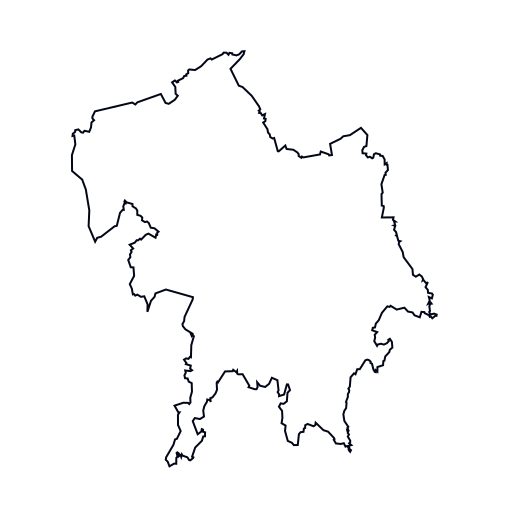 Morelia, Michoacán, Mexico (Equal Earth projection), rotated 353°
{"feature_id": "50627088B87271210555376", "entity_name": "Morelia", "entity_type": "district", "adm_level": 2, "iso_a3": "MEX", "parent_name": "Mexico", "parent_adm1": "Michoacán", "projection": "equal_earth", "projection_center": [-101.279, 19.655], "detail": "fine", "context": "isolated", "style": "outline", "palette": "ink", "viewbox_px": 512, "rotation_deg": 353, "n_neighbors": 0, "source": "geoboundaries", "source_scale": "gbopen_adm2", "svg_char_len": 6104}
<svg xmlns="http://www.w3.org/2000/svg" viewBox="0 0 512 512"><g transform="rotate(353 256 256)"><path d="M372.1,371.4L376.6,367.6L377.4,365.4L380.2,363.5L380.4,357.8L378.8,354.5L377.1,355.3L377.4,356.7L375.3,358.5L372.1,359.5L369.3,358.3L366.0,358.7L365.2,359.9L363.0,354.9L364.3,351.5L364.2,348.7L367.0,346.3L362.3,343.9L363.2,341.5L365.4,341.4L366.7,337.7L370.0,334.7L374.1,327.7L380.2,322.0L382.4,322.8L383.5,321.8L389.1,326.3L397.0,325.4L400.1,329.7L404.5,331.1L406.1,334.2L411.1,336.8L413.4,331.6L416.3,332.2L416.5,333.3L420.4,335.8L421.1,337.5L421.9,337.0L423.4,339.3L426.8,337.1L427.8,337.4L428.2,336.2L425.7,334.9L422.7,335.2L421.6,334.5L421.1,332.6L422.0,331.8L421.9,327.2L423.1,324.7L424.4,324.7L423.7,323.4L421.1,324.4L423.0,321.3L422.6,317.8L425.4,319.5L426.8,316.0L426.1,314.7L422.3,313.5L422.4,310.6L420.5,307.6L423.4,302.9L421.7,304.0L419.2,300.1L418.5,300.5L419.0,299.2L418.1,296.6L415.9,294.3L412.1,296.0L409.5,293.8L409.7,288.0L402.4,275.2L402.1,269.9L399.1,261.7L399.7,259.6L401.0,258.9L399.1,258.1L398.4,253.2L397.5,252.7L398.3,251.8L397.9,249.3L396.2,246.8L397.8,243.2L396.8,242.6L397.9,242.5L397.3,238.9L398.6,238.9L396.3,236.8L397.2,234.4L385.6,233.1L388.8,223.5L388.8,222.0L387.0,221.3L388.1,209.9L389.5,208.5L389.2,200.1L393.5,191.3L394.6,191.3L394.7,189.0L397.4,186.8L397.6,181.5L396.8,181.3L397.0,179.7L394.9,180.7L395.4,175.8L393.9,172.1L391.5,171.6L391.5,170.3L387.4,168.6L385.5,169.4L384.3,172.8L383.2,173.2L381.2,171.4L379.0,171.8L377.5,169.4L378.0,167.8L374.3,167.0L374.4,164.0L376.5,160.9L379.0,160.3L381.3,149.5L375.8,141.6L363.9,147.5L357.2,147.8L354.3,149.9L343.2,153.7L343.7,165.0L340.9,165.1L340.5,163.9L333.0,160.2L331.9,163.0L314.9,163.9L313.7,162.9L312.9,164.0L310.5,161.9L310.8,160.0L309.4,158.0L306.0,155.1L299.4,153.5L298.6,149.9L291.3,154.9L290.4,154.6L288.4,141.1L286.9,141.4L284.7,139.8L284.4,136.8L283.0,135.0L282.8,131.5L279.4,124.4L281.7,123.3L282.3,121.1L280.7,120.5L282.2,116.2L279.3,117.2L278.2,114.8L276.5,114.3L277.3,112.9L276.5,112.1L278.1,110.9L277.2,107.8L271.3,96.5L263.2,86.6L259.7,84.9L253.5,67.1L264.1,58.5L268.3,54.2L269.5,51.3L267.0,51.2L264.0,53.7L261.2,54.5L257.1,53.1L257.1,51.9L254.4,51.1L253.2,52.9L251.5,50.6L248.6,50.2L247.4,51.6L236.0,55.6L234.9,54.3L231.8,55.1L224.6,61.0L218.2,64.0L212.5,62.7L211.2,63.6L211.0,66.3L208.9,67.2L208.9,68.6L206.7,68.6L205.3,70.6L199.8,72.5L200.0,73.7L198.7,74.1L196.9,71.9L193.9,73.4L196.5,78.4L196.0,85.2L197.9,87.4L194.5,91.0L188.0,94.3L184.9,93.1L181.3,83.6L157.0,89.0L154.7,90.9L151.8,88.6L113.8,92.8L110.6,97.8L110.4,99.5L111.8,101.5L109.0,103.4L107.9,108.3L105.6,112.4L101.0,110.8L99.4,112.5L97.7,112.0L95.1,108.7L91.9,109.1L91.6,110.8L89.1,112.3L88.5,114.5L90.3,114.3L90.3,123.2L85.6,133.4L83.8,149.2L92.8,159.0L95.2,169.2L96.1,190.4L93.5,206.0L98.1,222.2L100.6,218.6L104.6,218.0L119.2,209.3L121.5,209.1L126.3,196.6L129.2,194.0L130.4,194.1L130.3,190.6L131.7,188.0L132.8,188.0L132.0,185.9L132.6,185.0L134.1,187.0L139.7,189.3L139.5,191.6L142.6,194.1L143.7,196.3L143.2,200.7L146.2,202.0L147.8,203.9L147.2,206.7L149.9,208.8L152.0,208.5L153.6,210.2L155.0,215.1L158.6,216.1L162.2,220.0L160.9,220.7L160.5,222.9L159.6,222.5L158.5,225.6L152.0,220.7L149.2,221.5L144.0,225.7L143.0,224.7L140.8,226.1L139.5,225.8L137.3,228.0L132.0,229.4L135.0,233.6L132.5,235.1L133.0,236.8L131.1,239.1L131.2,241.8L128.7,244.4L130.3,251.9L133.0,252.4L132.6,260.9L127.3,268.5L128.8,273.3L129.1,279.1L130.4,279.0L131.3,280.6L133.5,279.9L136.9,282.5L140.2,282.4L142.5,290.8L141.4,298.2L146.3,287.7L150.4,284.1L151.6,280.9L162.5,278.3L188.4,289.2L187.8,291.5L177.7,307.7L176.7,311.9L174.7,314.6L174.9,316.8L177.0,320.2L183.7,325.5L183.6,327.7L184.5,328.1L180.9,336.7L179.1,348.6L178.1,348.1L176.4,349.9L174.2,349.1L171.9,350.1L173.9,353.8L173.2,354.8L177.9,356.8L176.9,359.8L178.6,361.6L176.9,362.3L171.8,361.0L172.1,363.2L170.4,365.8L170.7,368.7L173.2,369.2L173.9,372.5L176.7,374.3L175.9,382.9L173.5,388.6L173.1,393.4L171.7,394.8L170.7,393.5L166.0,392.8L156.9,394.6L159.9,401.8L161.0,401.9L159.2,404.0L158.0,414.2L159.9,420.6L155.2,427.8L153.3,428.2L151.0,433.4L142.3,444.8L141.6,447.2L143.3,449.4L144.5,454.2L149.4,452.1L151.5,452.5L152.3,446.7L153.7,445.2L153.2,441.8L154.0,441.3L155.4,442.7L155.0,445.4L156.9,444.3L157.3,446.2L158.2,443.9L158.8,445.2L163.3,447.4L164.8,450.4L165.9,450.8L168.8,449.0L169.3,448.2L168.1,447.4L172.3,438.7L179.8,432.8L181.6,428.7L183.4,428.7L184.0,424.8L181.9,423.9L182.3,421.9L181.1,421.2L180.3,423.6L176.4,425.8L173.1,412.2L175.5,409.4L180.5,411.0L185.5,408.7L184.8,408.8L184.8,402.9L186.4,398.8L189.7,394.5L190.1,392.5L192.9,393.5L193.2,395.4L193.4,391.5L195.6,391.0L199.1,387.4L201.0,384.0L201.5,377.1L202.3,376.0L202.9,376.8L211.2,366.8L218.8,367.5L219.5,366.2L222.3,368.9L223.2,367.8L223.0,370.4L224.0,371.3L228.3,371.7L233.5,383.8L232.6,385.3L238.6,388.1L240.3,388.3L241.6,386.3L241.8,381.5L244.3,385.3L249.1,387.1L253.4,384.5L256.9,378.8L262.1,381.9L262.0,392.1L260.9,393.7L262.1,396.1L261.8,397.9L267.0,396.9L271.0,387.2L272.2,387.4L273.4,393.3L270.6,395.6L268.9,404.0L265.4,406.1L262.5,405.3L260.4,408.4L263.0,412.9L262.5,419.8L261.0,425.1L264.7,427.9L263.5,433.2L265.0,443.4L268.9,445.8L270.5,448.3L274.4,448.7L276.9,438.0L278.8,436.3L281.7,436.3L282.5,433.1L283.8,432.7L284.2,430.0L286.7,429.0L292.4,432.0L294.3,431.0L294.9,428.7L301.7,437.1L306.1,439.1L311.1,445.9L311.6,447.3L310.8,447.9L312.5,451.8L317.3,452.9L320.3,452.5L321.6,456.1L323.1,455.7L324.5,457.4L324.4,459.9L325.6,461.8L326.6,460.3L325.6,459.6L324.9,455.7L327.6,455.3L325.6,453.2L326.8,452.3L327.0,450.7L325.1,446.4L326.5,444.5L325.5,442.9L326.3,441.1L325.4,441.0L325.2,439.4L326.3,439.4L325.9,437.5L326.8,436.8L323.6,430.5L323.4,423.9L324.8,420.4L326.9,418.0L328.0,412.7L327.5,411.9L330.0,407.1L330.3,404.3L331.8,402.3L332.2,400.4L331.5,399.0L333.2,397.1L335.1,387.9L339.0,384.4L340.3,385.5L342.7,380.7L345.2,381.0L351.8,372.9L353.6,372.4L355.3,373.0L356.9,374.8L356.6,376.1L358.0,377.1L358.7,383.0L359.8,385.5L360.7,385.9L361.0,384.0L362.4,385.5L363.0,381.0L368.8,379.9L369.6,375.8L370.7,375.5L372.1,371.4ZM182.8,325.7L181.8,325.1L182.3,326.9L182.8,325.7Z" fill="none" stroke="#020617" stroke-width="2"/></g></svg>